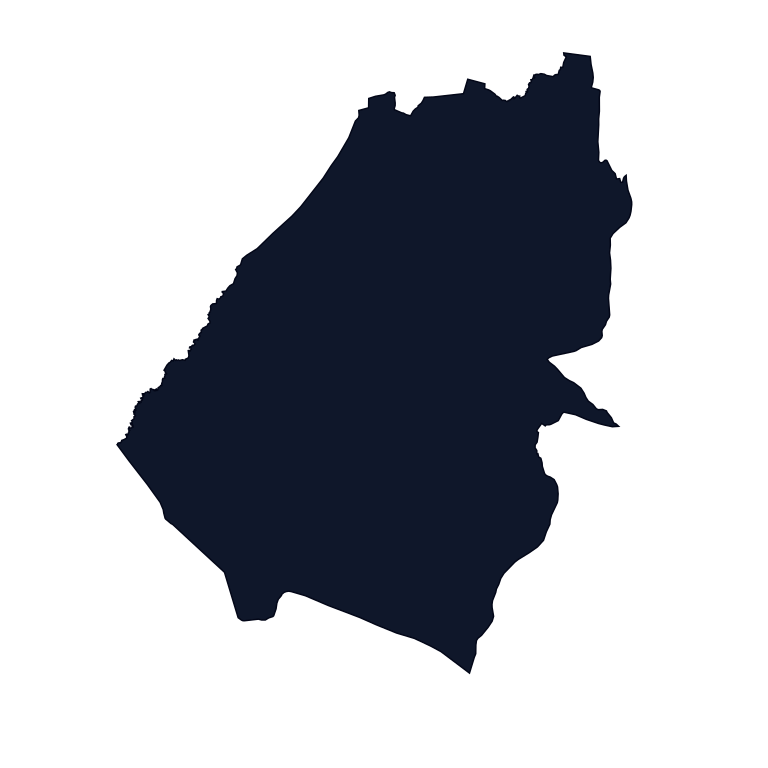 Khok Sung, Sa Kaeo, Thailand, rotated 81°
{"feature_id": "78962969B84057693525228", "entity_name": "Khok Sung", "entity_type": "district", "adm_level": 2, "iso_a3": "THA", "parent_name": "Thailand", "parent_adm1": "Sa Kaeo", "projection": "orthographic", "projection_center": [102.618, 13.842], "detail": "fine", "context": "isolated", "style": "filled", "palette": "ink", "viewbox_px": 768, "rotation_deg": 81, "n_neighbors": 0, "source": "geoboundaries", "source_scale": "gbopen_adm2", "svg_char_len": 6153}
<svg xmlns="http://www.w3.org/2000/svg" viewBox="0 0 768 768"><g transform="rotate(81 384 384)"><path d="M402.2,657.1L420.1,647.8L446.1,633.5L465.8,623.6L473.5,621.7L477.0,621.7L482.3,621.2L483.2,620.8L488.5,616.2L489.6,614.7L545.0,571.0L592.0,564.6L594.9,561.7L595.7,560.4L596.0,558.9L596.6,544.8L597.9,541.9L598.5,538.1L597.0,534.5L596.3,530.2L595.6,529.2L589.2,525.8L583.7,524.1L580.1,522.1L576.8,518.3L576.0,518.2L574.2,515.4L573.7,513.1L573.7,510.6L574.5,508.1L580.8,494.8L594.1,473.6L610.9,444.3L620.6,429.3L631.9,410.6L640.0,393.8L649.9,379.2L657.2,369.6L682.9,344.8L668.1,337.6L664.8,335.6L656.2,334.1L651.8,332.8L649.8,331.0L647.5,327.0L640.6,319.3L635.2,314.3L630.6,312.1L621.6,312.2L618.5,311.8L614.9,310.7L607.4,306.3L604.0,305.0L599.8,302.0L594.3,299.1L589.7,295.1L580.4,282.7L578.3,278.9L573.2,266.7L568.9,257.9L563.3,250.9L555.4,246.8L548.4,242.1L544.0,241.1L539.4,239.0L528.3,231.4L525.8,230.5L519.7,229.2L512.8,228.7L510.2,229.2L505.1,230.9L502.0,234.3L500.6,236.9L498.8,238.9L497.1,239.5L490.1,240.5L486.5,240.2L481.9,240.7L480.2,242.7L477.0,242.9L477.2,243.7L476.7,243.9L473.6,243.5L470.6,244.8L467.7,244.2L465.4,241.9L460.6,240.3L456.1,239.1L455.1,240.2L454.1,240.4L452.5,239.3L447.6,234.4L450.6,231.3L449.7,230.2L450.1,227.0L449.9,225.5L447.4,217.6L441.5,213.1L440.1,211.3L440.0,210.6L444.3,199.6L450.5,189.8L456.6,178.2L458.9,172.9L461.9,165.2L462.5,158.9L459.9,160.9L458.3,163.3L452.9,164.7L447.0,168.1L445.4,168.5L443.3,172.0L442.9,176.3L441.8,178.1L436.9,180.9L432.9,184.9L428.9,186.7L424.4,187.8L418.9,190.2L412.4,196.4L409.6,200.5L405.8,204.8L396.9,210.2L393.1,212.8L388.4,217.3L385.2,219.0L383.9,217.2L382.7,213.3L381.5,191.3L381.1,189.1L378.8,183.5L377.4,172.4L375.1,165.3L372.3,161.8L370.4,160.9L366.2,160.6L364.2,159.9L360.1,156.0L356.9,154.5L353.2,151.1L351.1,150.3L334.5,148.9L331.2,148.2L320.7,144.5L316.0,144.2L305.2,141.8L297.2,140.9L289.7,140.7L282.2,138.7L275.4,137.8L271.3,134.3L266.2,126.8L262.6,119.8L258.3,116.0L255.7,114.5L252.2,113.1L245.7,111.3L242.9,110.9L239.2,111.1L230.8,112.7L221.5,112.8L215.8,112.2L216.8,114.0L218.2,115.2L222.0,116.8L221.9,118.6L218.0,119.1L217.9,122.3L212.4,122.8L208.7,125.6L198.4,128.8L197.7,129.6L197.6,130.7L199.4,133.5L199.5,135.2L198.7,136.3L196.7,137.2L188.8,135.6L178.1,134.9L161.7,131.4L155.7,130.5L148.3,128.6L134.5,126.5L128.9,124.8L127.9,125.0L127.1,125.8L124.2,132.2L123.4,132.8L118.5,130.6L114.0,129.4L109.6,129.1L100.9,129.5L92.7,129.1L85.1,154.7L87.4,154.8L89.2,153.0L90.2,153.3L94.5,156.2L99.3,157.9L98.8,159.9L101.0,160.6L101.6,161.8L105.6,163.6L105.3,165.7L105.6,167.2L106.9,168.8L104.7,175.2L103.1,177.2L102.0,180.5L102.5,183.3L102.0,184.3L102.0,185.8L102.5,186.4L102.2,187.5L103.5,188.2L104.3,187.3L105.0,187.2L105.3,187.7L104.7,188.7L106.6,190.1L106.5,191.3L108.1,191.1L109.5,192.1L109.3,193.1L110.8,194.4L112.5,194.1L114.5,194.9L115.4,196.5L117.0,196.3L117.3,197.9L117.9,197.9L118.3,197.1L119.2,198.6L121.3,199.4L123.1,204.9L122.5,205.2L120.9,204.9L120.8,205.9L119.7,207.3L122.6,210.5L122.4,211.3L121.3,210.7L120.7,210.9L120.7,211.3L123.0,214.6L123.2,216.0L123.9,216.6L123.8,217.6L124.3,218.2L123.9,219.2L123.0,219.7L122.4,221.6L122.5,222.8L118.9,225.6L117.4,227.3L117.5,227.9L115.1,229.1L111.1,233.0L109.9,234.6L108.0,238.4L103.3,237.4L96.1,253.6L109.7,260.1L108.3,290.3L107.2,299.2L110.1,301.1L112.5,303.2L114.5,306.7L115.5,306.9L116.4,308.1L117.2,310.0L119.1,312.5L123.3,315.8L121.4,320.1L119.5,322.4L119.0,324.0L114.7,330.8L113.3,330.7L110.9,329.5L108.2,329.0L102.6,328.8L100.6,327.8L97.9,328.4L97.4,330.9L96.3,332.9L96.6,334.6L98.0,337.2L98.4,339.0L98.5,347.4L99.6,354.4L108.8,356.0L109.9,366.1L114.6,366.5L117.0,367.4L119.8,371.1L135.2,380.2L152.2,394.1L159.9,401.8L171.2,411.9L195.9,438.5L203.8,448.7L217.8,470.1L230.5,488.1L235.3,499.3L238.2,504.3L243.6,506.9L244.2,507.7L245.3,510.8L247.0,511.5L247.7,512.6L251.2,511.4L254.0,512.2L256.6,514.6L261.4,517.0L262.8,520.8L264.8,523.2L267.5,525.6L267.4,529.3L268.1,529.4L269.6,528.2L272.0,529.5L272.3,531.5L273.3,532.0L274.4,533.6L273.6,535.4L275.2,536.3L278.3,536.9L278.1,540.7L279.4,542.7L280.4,543.3L282.9,543.3L284.5,544.0L285.9,544.8L286.2,545.4L287.3,545.5L287.9,546.9L290.4,546.0L291.7,547.5L294.7,546.1L296.4,546.2L297.2,548.4L299.0,549.5L300.7,554.5L301.4,554.5L302.2,556.2L304.5,556.4L304.8,557.5L306.1,559.1L307.2,559.1L307.4,558.4L308.3,558.5L310.6,560.6L311.4,560.8L311.4,561.2L310.5,561.4L310.7,563.6L311.3,564.0L310.9,564.7L312.7,565.6L314.4,564.3L314.9,564.3L316.3,566.4L315.8,567.2L317.1,568.6L316.9,569.7L317.2,570.2L317.9,570.4L318.2,569.2L319.6,568.8L320.2,570.0L321.1,570.3L321.2,571.0L320.4,571.5L320.4,572.1L325.3,572.2L327.1,572.9L327.8,573.7L328.5,576.3L329.5,576.6L329.6,576.9L328.5,579.2L328.8,582.3L328.1,583.2L328.3,584.6L327.7,585.2L328.1,586.1L326.3,587.5L328.2,588.6L327.5,590.1L329.2,591.8L329.4,592.9L331.3,595.3L336.0,599.1L337.3,598.1L338.4,598.1L339.9,597.2L340.2,598.9L341.4,598.8L342.1,599.5L343.9,599.7L343.9,601.4L344.7,602.0L347.4,602.6L348.5,603.4L350.8,603.7L350.5,604.8L351.5,605.6L352.3,607.6L354.2,608.0L354.9,609.0L354.8,609.5L353.7,609.1L353.3,609.4L353.8,610.8L354.6,610.6L354.9,611.1L354.4,612.3L353.6,612.4L352.7,614.4L352.1,614.8L352.4,615.7L354.5,616.0L356.0,616.8L356.0,617.3L354.5,618.4L355.2,619.4L355.0,620.8L356.2,622.0L355.8,624.2L357.1,624.2L356.9,623.0L358.3,623.1L358.7,624.1L360.1,624.4L359.7,625.3L359.9,626.5L360.6,626.3L360.6,625.6L361.4,625.1L362.2,625.2L362.4,626.4L363.9,626.8L363.0,628.4L363.0,629.4L364.8,628.6L364.6,629.7L365.5,630.7L366.9,631.4L367.0,632.9L368.1,633.4L369.3,633.0L370.0,633.8L371.0,633.2L371.3,633.9L370.7,634.6L371.4,634.9L371.9,635.7L372.8,635.6L372.8,634.4L373.6,634.6L374.0,635.5L374.6,635.7L375.9,634.6L376.5,634.6L377.3,636.1L379.2,636.2L380.7,639.0L381.8,638.4L382.6,639.1L383.6,638.9L382.9,640.0L383.0,640.6L384.8,640.2L385.5,638.6L387.0,638.5L386.7,639.4L387.9,640.0L388.0,642.0L386.8,641.9L386.7,642.5L388.4,643.5L390.1,642.5L390.4,643.4L391.8,643.3L392.7,644.5L393.9,644.6L394.1,645.4L393.3,646.3L393.6,647.0L395.8,646.2L397.2,646.7L398.2,649.4L398.7,651.9L399.9,652.2L400.3,653.0L400.9,653.4L400.6,655.0L401.0,656.3L402.0,656.6L402.2,657.1Z" fill="#0f172a" stroke="#020617" stroke-width="1.5"/></g></svg>